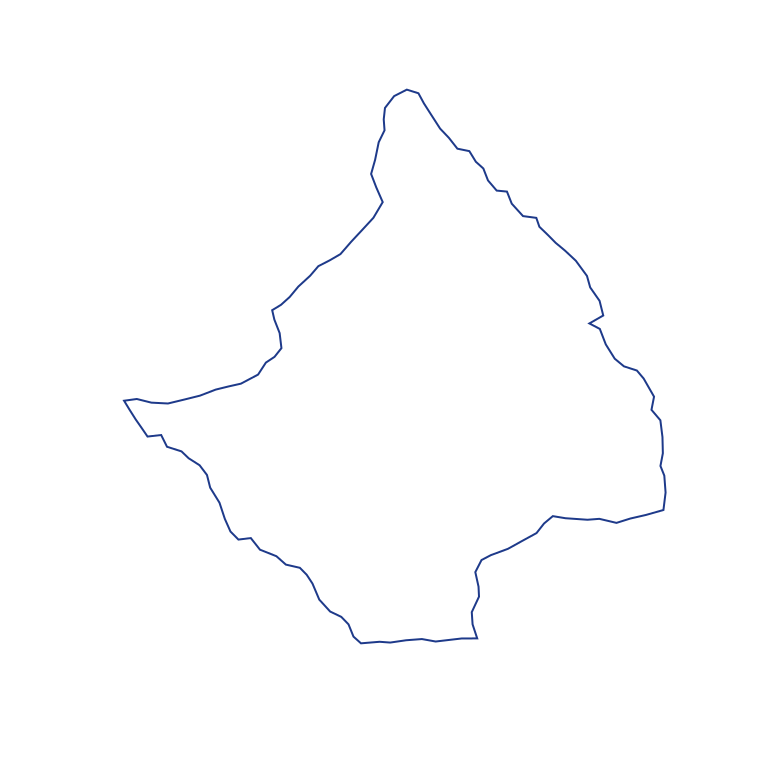 Ribeirão Corrente, São Paulo, Brazil (Albers equal-area conic projection), rotated 71°
{"feature_id": "56859067B56009321964576", "entity_name": "Ribeirão Corrente", "entity_type": "district", "adm_level": 2, "iso_a3": "BRA", "parent_name": "Brazil", "parent_adm1": "São Paulo", "projection": "albers", "projection_center": [-47.577, -20.458], "detail": "fine", "context": "isolated", "style": "outline", "palette": "blue", "viewbox_px": 768, "rotation_deg": 71, "n_neighbors": 0, "source": "geoboundaries", "source_scale": "gbopen_adm2", "svg_char_len": 1737}
<svg xmlns="http://www.w3.org/2000/svg" viewBox="0 0 768 768"><g transform="rotate(71 384 384)"><path d="M561.9,148.8L551.5,149.3L540.3,142.9L524.9,138.0L508.3,134.5L495.5,139.5L483.9,132.8L463.4,136.7L453.6,140.5L445.4,151.4L435.2,157.6L418.8,161.4L402.2,162.0L393.6,170.1L390.6,154.4L375.6,153.1L359.8,157.6L347.9,156.9L329.9,162.5L316.7,169.5L306.5,175.7L296.7,180.4L285.9,185.9L276.5,185.9L270.5,197.9L255.1,204.5L242.1,205.1L237.8,214.5L225.4,219.4L212.6,219.9L203.8,224.8L191.6,227.5L185.4,238.0L172.4,242.5L160.8,247.8L144.9,251.7L131.7,254.9L120.3,256.8L113.1,266.6L115.1,280.7L123.3,293.2L133.7,298.1L144.3,300.9L153.7,310.3L169.1,319.4L181.2,327.8L195.6,327.3L211.6,326.0L223.4,339.9L230.4,352.9L238.8,368.7L247.0,382.9L249.4,395.1L251.2,407.7L257.6,418.6L264.0,433.3L271.0,444.8L275.6,455.6L277.8,465.7L287.4,466.7L301.9,466.1L316.7,469.3L322.7,478.7L325.3,488.7L334.1,500.0L337.1,519.2L335.7,531.8L334.5,545.0L335.1,561.8L333.7,577.8L332.1,594.6L325.9,610.0L317.7,622.6L315.2,635.2L325.3,633.0L336.7,630.3L346.5,627.5L356.7,624.7L359.7,611.3L372.7,609.6L381.8,597.4L390.6,592.9L400.8,584.8L412.4,581.0L425.4,582.1L442.7,578.2L459.7,578.4L473.5,577.2L483.7,572.3L486.3,560.1L500.3,555.2L511.8,541.8L522.8,535.6L530.4,523.4L539.2,519.2L549.4,516.6L566.8,515.4L581.6,509.0L590.3,500.2L599.7,495.8L612.9,495.1L621.7,490.2L626.3,472.1L630.5,462.3L633.5,446.5L637.5,431.2L644.3,419.0L646.9,407.1L649.9,393.4L654.9,378.7L640.1,378.5L628.3,375.3L616.0,363.4L606.4,360.6L591.6,358.9L582.2,349.1L580.6,338.6L580.2,320.5L577.6,305.8L574.6,288.3L568.0,278.1L563.9,267.4L570.0,256.1L578.6,235.8L581.6,224.3L591.0,209.4L591.4,194.9L593.1,178.9L594.1,160.8L578.3,153.1L561.9,148.8Z" fill="none" stroke="#1e3a8a" stroke-width="2"/></g></svg>